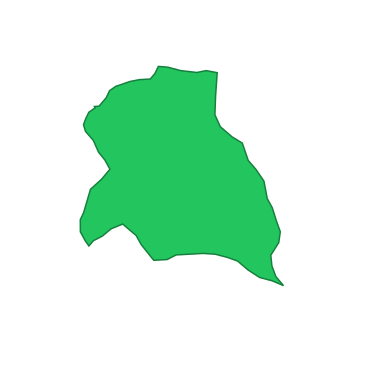 Sohung, Hwanghae-bukto, North Korea, rotated 130°
{"feature_id": "82179303B44729459459193", "entity_name": "Sohung", "entity_type": "district", "adm_level": 2, "iso_a3": "PRK", "parent_name": "North Korea", "parent_adm1": "Hwanghae-bukto", "projection": "albers", "projection_center": [126.204, 38.534], "detail": "fine", "context": "isolated", "style": "filled", "palette": "green", "viewbox_px": 384, "rotation_deg": 130, "n_neighbors": 0, "source": "geoboundaries", "source_scale": "gbopen_adm2", "svg_char_len": 987}
<svg xmlns="http://www.w3.org/2000/svg" viewBox="0 0 384 384"><g transform="rotate(130 192 192)"><path d="M299.6,236.3L292.6,236.2L283.3,232.3L272.2,230.3L261.1,224.5L261.2,214.7L261.2,206.8L265.0,197.0L268.3,180.5L268.9,177.4L259.7,167.6L250.4,163.7L241.2,153.9L232.0,144.1L224.7,134.2L219.2,122.5L215.6,112.7L215.7,98.9L214.0,85.2L208.5,73.5L204.9,61.7L202.9,73.4L197.3,83.2L189.8,91.0L175.0,93.0L165.7,98.8L160.0,108.6L152.5,120.3L148.7,130.1L137.5,143.8L137.0,145.4L133.6,157.5L131.7,169.2L122.2,184.9L124.0,196.6L123.8,212.3L118.1,224.1L103.2,235.7L84.4,249.4L89.9,259.2L97.3,265.1L106.4,278.9L111.9,290.7L117.4,298.5L124.9,296.6L132.3,296.6L139.7,304.5L147.0,310.4L160.0,318.3L167.4,320.3L174.9,318.3L186.0,318.4L189.2,321.7L189.7,320.3L197.2,322.3L204.6,320.4L210.2,318.4L214.0,312.6L215.9,300.8L221.6,289.1L223.5,279.3L227.3,269.5L240.3,269.5L255.2,271.5L277.6,261.7L285.0,259.8L294.3,251.9L298.1,242.1L299.6,236.3Z" fill="#22c55e" stroke="#15803d" stroke-width="1.5"/></g></svg>